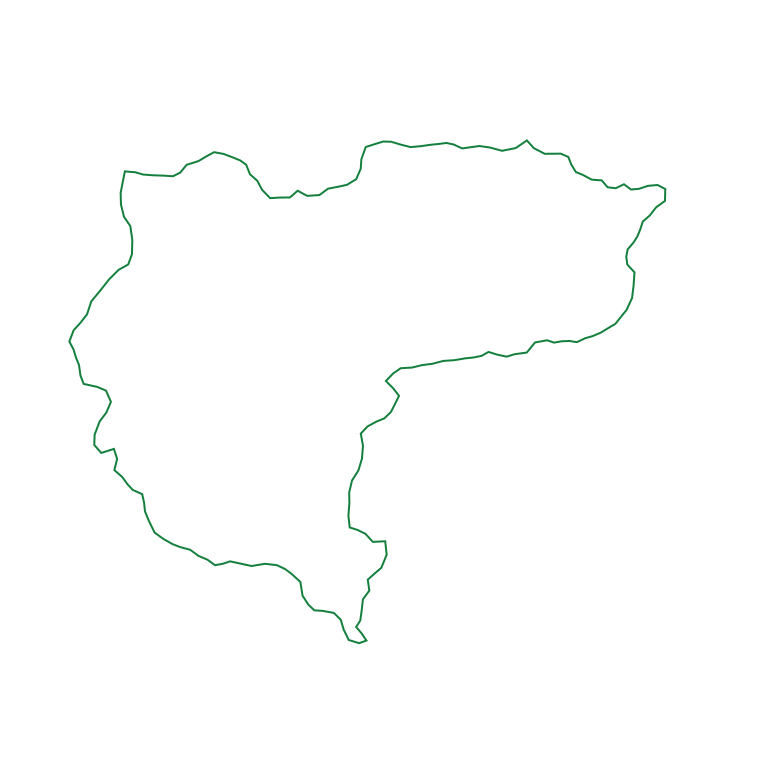 the district of São Pedro da União, Minas Gerais, Brazil, rotated 172°
{"feature_id": "56859067B79679337847507", "entity_name": "São Pedro da União", "entity_type": "district", "adm_level": 2, "iso_a3": "BRA", "parent_name": "Brazil", "parent_adm1": "Minas Gerais", "projection": "albers", "projection_center": [-46.65, -21.105], "detail": "fine", "context": "isolated", "style": "outline", "palette": "green", "viewbox_px": 768, "rotation_deg": 172, "n_neighbors": 0, "source": "geoboundaries", "source_scale": "gbopen_adm2", "svg_char_len": 2608}
<svg xmlns="http://www.w3.org/2000/svg" viewBox="0 0 768 768"><g transform="rotate(172 384 384)"><path d="M444.7,130.8L437.1,132.4L441.1,140.5L445.4,147.3L440.4,153.1L437.6,162.9L434.8,173.8L427.3,181.4L427.3,192.5L419.7,197.6L412.2,202.4L405.1,214.6L404.7,228.1L417.0,229.2L423.3,238.3L430.8,243.3L437.9,246.7L437.6,258.4L434.8,271.1L433.6,281.3L429.1,292.9L421.3,302.1L416.2,313.2L413.4,325.9L413.9,338.1L406.2,344.3L396.8,347.8L388.5,349.9L381.0,355.4L375.1,363.8L370.8,370.2L375.6,378.6L381.7,386.7L373.6,393.1L365.3,397.3L353.9,396.4L343.6,397.4L333.3,397.3L321.9,398.6L311.1,397.8L300.5,398.1L291.4,397.8L283.4,398.3L276.1,401.2L267.7,397.3L258.7,394.0L250.7,395.3L238.2,395.3L228.7,404.1L216.4,404.6L209.8,401.3L202.2,401.6L194.4,400.8L187.1,398.6L178.5,401.3L170.7,402.4L161.6,404.9L154.8,407.9L146.5,411.4L139.9,417.6L133.5,423.6L126.4,434.6L123.2,446.5L120.4,459.7L126.4,468.4L126.4,476.2L124.0,483.4L117.4,489.2L112.6,494.8L108.6,501.6L105.1,508.9L97.5,513.8L89.9,521.1L80.3,526.2L78.3,537.9L85.4,543.0L95.0,543.5L104.3,541.8L112.3,542.2L118.6,548.4L127.3,545.6L135.2,547.7L140.0,555.3L149.9,557.5L157.7,563.2L164.5,567.2L168.0,575.3L169.9,583.2L176.9,587.5L192.8,589.6L202.8,596.7L208.6,605.3L220.8,599.3L234.6,598.5L246.1,603.4L256.4,606.4L265.4,606.4L273.8,606.4L281.7,611.5L288.7,614.0L296.1,614.1L304.1,614.4L314.7,614.4L324.7,614.9L333.8,618.6L343.2,622.9L351.0,624.2L358.8,623.0L369.1,621.2L375.1,609.8L377.1,600.4L383.0,590.7L393.0,586.4L402.4,585.7L412.2,585.2L421.7,580.1L433.9,581.0L442.6,587.4L451.2,581.8L460.8,583.1L470.9,583.9L477.7,593.3L481.2,602.9L487.5,610.3L490.0,620.4L495.4,625.5L502.9,629.8L510.9,634.2L520.0,637.2L528.1,634.2L536.6,630.6L549.0,628.5L556.3,621.7L564.1,619.1L572.7,620.9L584.5,623.0L593.6,625.0L600.8,628.3L611.0,630.6L614.7,620.1L618.2,609.9L619.5,598.3L618.2,585.8L613.2,575.6L613.2,561.6L615.5,547.7L620.6,538.0L630.9,534.0L641.5,526.0L651.8,516.2L662.4,506.5L668.4,494.3L676.6,486.4L683.8,480.5L689.7,469.8L686.6,461.3L685.4,453.3L683.4,445.3L683.4,434.6L681.4,425.9L668.5,421.1L660.2,416.1L656.9,404.3L662.9,394.4L670.8,386.5L677.6,374.1L679.4,364.0L673.6,355.1L660.5,357.3L658.7,347.0L663.0,336.2L656.2,328.4L651.9,320.3L647.6,314.1L638.8,308.6L638.1,300.0L638.4,291.1L635.8,280.9L631.8,268.7L624.2,261.4L615.6,254.8L608.6,250.9L599.0,246.8L591.5,239.5L583.3,234.6L576.6,228.1L568.6,228.4L561.2,229.8L552.9,226.8L540.5,222.2L526.8,222.5L515.3,219.5L507.8,214.6L502.2,209.1L494.4,199.7L494.1,185.7L489.6,176.0L484.5,169.6L476.5,167.9L465.5,164.3L459.6,156.5L458.1,146.3L454.5,135.4L444.7,130.8Z" fill="none" stroke="#15803d" stroke-width="2"/></g></svg>